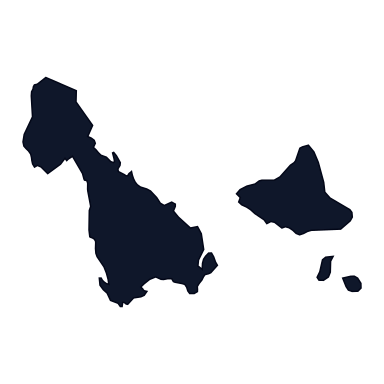 the border of Malampa
{"feature_id": "VUT-563", "entity_name": "Malampa", "entity_type": "Province", "adm_level": 1, "iso_a3": "VUT", "parent_name": "Vanuatu", "parent_adm1": "", "projection": "robinson", "projection_center": [167.696, -16.227], "detail": "fine", "context": "isolated", "style": "filled", "palette": "ink", "viewbox_px": 384, "rotation_deg": 0, "n_neighbors": 0, "source": "natural_earth", "source_scale": "10m", "svg_char_len": 2782}
<svg xmlns="http://www.w3.org/2000/svg" viewBox="0 0 384 384"><path d="M208.6,253.1L211.5,253.0L213.7,256.9L215.5,262.0L217.4,265.3L210.8,272.7L208.6,273.7L205.0,274.6L203.4,276.9L201.9,280.0L199.1,283.5L197.3,286.5L197.5,289.2L197.4,291.6L194.2,293.5L189.7,293.5L187.8,290.9L186.7,287.3L184.8,284.4L182.2,283.6L174.9,282.2L173.4,281.6L171.7,278.7L167.7,278.7L163.5,279.5L161.0,279.3L155.7,276.9L149.6,279.4L144.1,283.8L140.8,287.0L142.7,288.9L143.4,290.1L144.4,290.8L146.9,291.4L144.2,295.3L140.9,296.8L133.6,297.9L127.7,304.3L126.1,304.0L124.2,302.4L122.7,302.4L122.1,306.5L120.3,306.5L118.1,303.3L110.5,300.4L107.1,293.1L103.3,289.7L100.0,285.2L99.3,278.1L101.2,278.1L102.3,280.2L104.1,282.0L106.2,283.5L108.8,284.4L108.1,279.3L106.4,273.0L104.0,266.9L97.1,256.7L95.9,253.3L95.5,248.6L95.7,242.7L95.5,241.0L94.2,239.0L92.4,237.9L90.7,237.3L89.8,236.8L89.0,230.0L89.3,210.5L90.7,206.4L87.8,191.0L87.6,189.2L87.7,183.5L87.1,181.1L85.8,180.3L84.5,180.1L84.0,179.1L82.5,173.5L72.5,156.3L68.1,159.2L66.7,160.6L65.0,158.3L60.5,164.2L47.7,173.6L41.1,167.0L37.4,165.4L34.5,167.1L32.6,163.9L31.9,160.7L31.5,157.5L30.7,154.1L28.5,150.9L26.1,148.6L23.9,146.1L23.0,141.9L24.2,134.4L32.5,116.8L31.3,95.8L31.6,91.7L33.0,89.1L33.4,86.7L34.4,84.9L37.3,84.2L45.8,77.5L76.3,90.7L76.0,101.9L92.6,125.4L87.7,136.5L91.3,138.1L94.2,140.3L95.3,143.3L93.4,147.4L95.9,149.7L98.3,152.6L100.9,155.2L106.4,157.2L110.7,161.6L113.5,162.6L114.5,161.4L114.0,158.5L112.6,152.9L113.7,152.4L116.4,155.7L120.3,162.6L120.0,165.4L117.9,168.9L118.3,171.5L124.5,174.7L126.0,175.8L127.7,175.8L128.6,174.1L129.4,173.2L130.4,172.5L131.5,171.5L132.3,175.1L133.5,178.7L135.1,182.0L137.2,184.7L140.4,187.0L146.8,189.0L150.5,191.0L156.7,197.6L160.3,203.2L164.3,205.5L171.7,202.1L174.3,203.6L175.3,204.1L175.3,206.4L173.4,211.0L178.4,217.1L190.4,228.0L197.5,226.6L201.3,233.7L203.7,249.5L198.5,260.0L197.9,265.9L202.2,269.4L202.5,263.3L203.6,259.2L205.6,256.2L208.6,253.1ZM311.3,230.3L307.5,231.4L303.5,233.5L299.6,234.8L296.1,233.4L292.9,230.3L289.2,227.8L285.4,226.7L281.9,228.0L274.6,222.3L270.9,221.5L266.8,223.6L264.1,219.8L254.9,213.6L250.5,209.6L246.5,207.0L241.7,204.8L238.7,202.0L240.3,197.6L236.5,193.8L240.1,189.6L246.9,186.1L255.1,184.0L259.2,180.9L261.9,180.2L274.2,180.2L280.0,176.9L290.4,165.2L294.2,162.6L295.6,160.7L299.9,148.2L302.4,146.9L308.4,145.2L313.9,151.9L318.3,162.4L323.7,182.3L324.8,192.1L330.0,198.0L349.9,209.7L351.9,212.4L352.3,217.1L350.2,220.9L340.7,229.1L311.3,230.3ZM319.8,271.8L322.5,259.8L325.7,257.2L333.1,256.4L330.6,261.2L330.3,272.2L328.4,277.0L323.5,280.3L319.0,280.2L317.1,277.3L319.8,271.8ZM352.1,291.4L348.4,290.1L346.1,286.6L342.7,278.1L350.7,276.3L354.3,276.2L357.6,278.1L360.9,283.3L361.0,288.1L357.9,291.2L352.1,291.4Z" fill="#0f172a" stroke="#020617" stroke-width="1.5"/></svg>